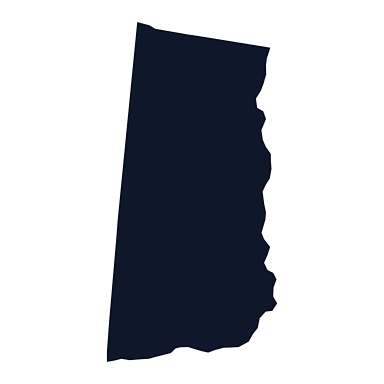 Nova Olímpia, Paraná, Brazil
{"feature_id": "56859067B47748019346141", "entity_name": "Nova Olímpia", "entity_type": "district", "adm_level": 2, "iso_a3": "BRA", "parent_name": "Brazil", "parent_adm1": "Paraná", "projection": "natural_earth1", "projection_center": [-53.054, -23.423], "detail": "fine", "context": "isolated", "style": "filled", "palette": "ink", "viewbox_px": 384, "rotation_deg": 0, "n_neighbors": 0, "source": "geoboundaries", "source_scale": "gbopen_adm2", "svg_char_len": 935}
<svg xmlns="http://www.w3.org/2000/svg" viewBox="0 0 384 384"><path d="M269.3,48.3L194.0,36.1L186.8,35.1L154.9,29.5L149.3,26.1L137.9,23.0L118.4,220.6L117.3,235.3L112.3,293.3L109.9,321.3L107.7,351.4L107.7,361.0L114.9,359.7L121.3,358.0L129.6,359.4L142.3,358.4L148.8,358.0L154.9,356.3L164.0,354.0L170.4,352.4L175.1,347.8L180.1,346.5L188.2,346.3L201.8,350.4L208.2,351.8L214.6,349.3L223.5,347.0L231.5,346.7L238.5,346.3L248.2,341.0L252.4,333.4L257.0,327.7L259.0,317.9L265.2,310.9L271.9,310.1L276.3,303.3L272.4,296.7L272.8,287.2L275.7,279.4L272.6,273.4L267.0,270.7L263.2,262.8L266.6,255.2L269.3,247.2L263.4,239.5L260.7,232.9L264.6,219.6L265.2,212.6L263.4,203.7L261.8,191.4L265.2,184.2L269.1,178.1L270.7,168.8L270.1,160.5L270.1,154.3L265.2,147.2L262.1,140.3L260.6,130.0L265.2,119.0L262.6,111.8L256.5,108.4L255.1,98.4L260.1,90.5L262.7,83.8L265.4,74.3L265.2,65.3L266.0,58.6L269.3,48.3Z" fill="#0f172a" stroke="#020617" stroke-width="1.5"/></svg>